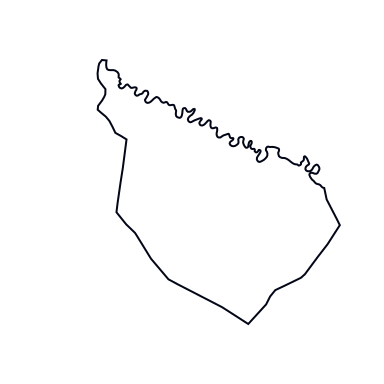 the district of Darxan, Darhan-Uul, Mongolia, rotated 120°
{"feature_id": "93677404B46985552714586", "entity_name": "Darxan", "entity_type": "district", "adm_level": 2, "iso_a3": "MNG", "parent_name": "Mongolia", "parent_adm1": "Darhan-Uul", "projection": "albers", "projection_center": [105.906, 49.46], "detail": "fine", "context": "isolated", "style": "outline", "palette": "ink", "viewbox_px": 384, "rotation_deg": 120, "n_neighbors": 0, "source": "geoboundaries", "source_scale": "gbopen_adm2", "svg_char_len": 5472}
<svg xmlns="http://www.w3.org/2000/svg" viewBox="0 0 384 384"><g transform="rotate(120 192 192)"><path d="M211.9,54.8L206.7,53.1L185.1,50.6L169.6,48.5L146.8,47.4L143.2,52.8L131.1,71.7L122.4,79.5L122.7,80.3L122.8,81.3L122.4,83.0L121.9,84.2L121.9,85.9L122.5,87.7L122.6,89.2L122.2,90.5L121.6,92.1L121.2,94.4L119.8,97.3L118.6,98.8L117.9,99.2L116.5,99.0L115.7,98.4L115.2,97.4L115.0,96.1L114.7,94.7L113.9,93.3L112.8,92.8L111.2,92.8L108.7,93.0L107.4,93.8L106.6,94.9L106.0,96.1L105.8,96.9L106.0,97.8L107.1,98.6L108.2,99.0L109.5,99.3L111.6,99.2L113.4,99.4L115.0,100.3L115.8,101.4L116.3,102.7L116.2,104.1L115.5,105.2L114.5,105.7L113.3,105.9L111.7,105.6L110.7,105.1L110.0,104.7L109.4,104.6L108.8,104.7L107.6,106.4L105.9,108.6L105.2,109.9L104.8,111.2L104.6,111.8L104.8,112.3L105.3,112.6L106.0,112.4L106.9,112.0L107.8,111.4L108.8,111.2L109.9,111.5L112.0,112.4L112.6,111.9L113.5,111.5L114.2,111.6L114.8,111.9L115.5,112.5L115.8,113.0L115.5,114.4L116.6,117.1L116.7,119.3L116.4,121.9L116.0,124.1L115.9,126.6L116.2,128.6L116.9,130.0L117.5,131.2L117.8,133.1L117.5,134.6L116.0,136.2L114.9,137.0L113.2,137.2L112.2,137.5L111.5,138.1L111.1,138.6L111.2,139.4L111.5,141.4L111.9,143.0L112.9,145.2L113.8,146.6L114.3,147.6L114.6,148.7L115.4,149.5L116.5,149.7L117.4,149.6L118.3,149.2L118.9,148.8L119.8,147.1L121.0,145.9L122.5,145.1L124.1,144.8L126.3,145.2L128.4,145.9L130.9,147.4L132.2,148.5L132.5,149.8L132.1,151.1L131.4,152.1L129.8,152.9L127.5,152.9L125.3,152.7L123.5,152.7L122.3,153.0L121.8,153.6L121.8,154.1L121.9,154.7L122.3,155.2L123.5,155.2L124.7,155.4L125.4,155.9L125.7,156.6L125.6,157.3L125.3,158.1L124.4,158.5L123.8,158.9L123.6,159.4L123.6,159.9L124.1,160.5L124.6,161.3L124.8,162.1L124.4,163.1L123.9,163.8L123.2,164.4L122.4,164.6L121.2,164.6L119.8,164.8L118.8,165.3L118.4,165.8L118.2,166.2L118.4,166.7L118.8,167.1L119.4,167.3L120.3,167.4L121.7,167.1L123.2,166.6L124.3,166.1L125.0,166.0L125.7,166.2L126.2,166.6L126.6,167.2L126.6,167.9L125.8,169.8L124.8,171.2L123.7,172.4L122.3,173.1L121.2,173.4L120.0,173.7L119.4,174.6L119.2,175.3L119.4,176.3L120.0,177.3L121.0,178.1L121.9,178.4L123.4,178.2L125.0,177.0L126.3,176.3L127.4,176.3L129.0,176.9L130.5,177.7L131.6,178.9L132.2,180.3L132.2,182.0L131.6,183.2L130.9,183.8L129.8,183.9L129.1,183.8L128.0,183.3L126.9,182.8L126.0,182.6L125.4,182.8L124.9,183.0L124.8,183.5L125.4,184.4L125.8,185.3L125.7,186.3L125.1,187.0L124.5,187.7L123.8,188.4L123.5,188.9L123.3,189.3L123.5,189.7L125.5,191.5L127.1,192.9L128.2,193.6L129.4,194.1L130.6,194.7L131.1,195.5L131.5,196.4L131.5,197.4L131.0,198.3L130.4,199.0L129.5,199.7L128.5,200.2L127.3,200.5L126.0,201.0L124.9,201.6L124.3,202.1L124.0,202.5L124.1,203.2L124.3,203.8L125.9,205.2L126.7,206.3L126.7,207.6L125.9,208.7L124.9,209.5L123.4,210.2L122.2,210.7L121.5,211.2L121.2,211.8L121.2,212.7L121.5,213.4L122.8,214.0L124.4,214.3L126.5,214.8L128.1,215.4L129.3,216.4L129.7,217.3L129.9,218.2L129.3,219.4L128.6,220.1L127.7,220.3L126.7,220.2L125.8,220.2L125.0,220.0L124.3,219.9L123.8,220.1L123.5,220.5L123.6,221.3L124.9,222.6L126.9,224.2L128.5,225.5L129.9,226.4L131.7,227.5L132.5,228.4L132.6,229.4L132.4,230.5L131.4,231.7L130.4,232.1L129.4,232.2L128.2,232.0L126.6,231.5L125.1,230.7L123.0,230.3L121.0,230.4L119.6,230.6L118.9,231.1L119.0,231.7L119.8,232.5L121.4,232.9L123.0,233.5L123.9,234.4L124.6,235.6L124.4,236.9L123.6,238.0L123.0,239.0L122.8,240.0L123.3,240.8L124.1,241.4L125.0,241.4L126.9,240.6L128.8,239.7L130.8,239.1L132.2,238.9L133.3,239.2L134.0,239.9L134.4,241.2L134.5,242.5L134.1,243.7L132.9,244.8L131.6,245.5L129.9,246.2L129.2,246.7L128.8,247.6L127.8,248.8L126.7,249.9L126.1,250.6L125.8,251.1L125.9,251.6L126.2,252.4L127.2,253.6L127.8,254.4L128.1,255.2L128.0,256.0L127.5,257.0L127.1,257.7L126.8,258.4L126.8,258.8L127.0,259.5L128.1,260.4L128.9,261.2L129.2,262.4L129.1,263.5L128.7,264.6L128.0,265.8L127.5,266.9L127.2,267.9L127.2,269.0L127.3,269.8L127.6,270.4L128.7,271.0L130.4,271.7L132.9,272.4L134.7,273.0L136.1,273.9L137.0,274.9L137.3,276.0L137.1,277.2L136.4,278.2L135.8,278.8L135.2,278.8L132.8,278.7L130.7,278.7L129.4,278.8L128.5,279.2L127.7,279.9L127.1,280.7L126.9,281.5L127.2,282.2L127.6,283.0L128.1,283.6L128.6,283.8L129.8,284.2L131.0,284.2L131.6,284.4L132.2,284.7L132.8,285.3L133.3,285.9L133.8,286.3L134.7,286.7L135.6,287.2L136.2,287.9L136.3,288.6L136.2,289.4L135.8,290.2L135.5,290.7L134.8,291.0L134.0,291.2L133.0,291.4L131.5,291.3L130.8,291.4L130.0,291.7L129.6,292.1L129.5,292.7L129.7,293.4L130.2,294.3L131.0,295.1L131.6,295.8L132.1,296.5L132.3,297.3L132.0,298.0L131.5,300.0L131.1,300.9L131.1,301.6L131.6,302.2L132.3,302.7L135.0,303.2L136.4,303.8L137.5,304.7L137.7,305.5L137.8,306.6L137.6,307.4L137.1,308.1L136.2,309.0L135.5,308.9L134.9,308.4L134.4,307.8L134.2,307.7L133.9,307.8L133.6,308.6L133.3,309.2L132.8,309.8L132.1,310.3L131.6,310.4L131.0,310.3L130.5,310.2L130.0,310.2L129.8,310.8L129.6,311.7L129.5,312.6L129.3,313.0L128.8,313.2L127.8,313.7L126.7,314.3L125.9,315.4L125.4,316.6L125.3,318.1L125.3,319.5L125.8,321.1L126.6,322.5L127.5,324.0L128.0,325.3L128.1,326.5L127.7,327.4L127.0,328.3L125.0,329.8L122.3,331.2L120.8,331.8L122.7,336.0L127.2,336.6L129.9,335.8L136.5,333.1L141.0,330.0L143.5,325.2L146.2,318.4L150.8,315.9L153.5,315.6L157.7,315.6L164.3,316.4L167.9,314.8L168.8,310.4L169.8,304.4L171.8,299.0L175.2,293.6L179.1,287.9L179.0,281.5L179.2,275.0L205.6,264.0L220.1,258.4L238.8,250.9L247.3,247.3L252.9,232.9L255.9,220.9L257.5,217.8L270.3,194.1L279.4,168.7L279.1,158.6L276.7,108.3L278.2,77.3L252.3,71.6L243.4,72.1L235.3,70.8L227.1,65.1L211.9,54.8Z" fill="none" stroke="#020617" stroke-width="2"/></g></svg>